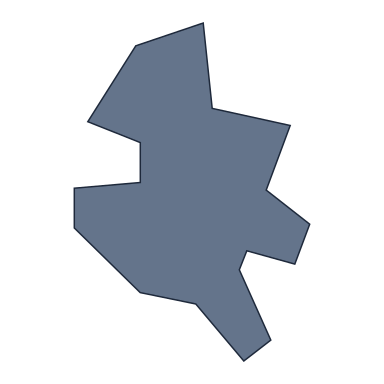 SVG path tracing the border of Bucharest
{"feature_id": "ROU-128", "entity_name": "Bucharest", "entity_type": "City", "adm_level": 1, "iso_a3": "ROU", "parent_name": "Romania", "parent_adm1": "", "projection": "natural_earth1", "projection_center": [26.1, 44.46], "detail": "fine", "context": "isolated", "style": "filled", "palette": "slate", "viewbox_px": 384, "rotation_deg": 0, "n_neighbors": 0, "source": "natural_earth", "source_scale": "10m", "svg_char_len": 354}
<svg xmlns="http://www.w3.org/2000/svg" viewBox="0 0 384 384"><path d="M203.2,23.0L212.2,108.4L290.2,125.5L266.2,190.1L309.7,224.2L294.8,264.1L246.8,250.8L239.3,269.8L270.8,340.1L243.8,361.0L195.8,304.0L140.2,292.6L74.3,228.0L74.3,188.2L140.3,182.5L140.3,142.6L87.8,121.7L135.8,45.8L203.2,23.0Z" fill="#64748b" stroke="#1e293b" stroke-width="1.5"/></svg>